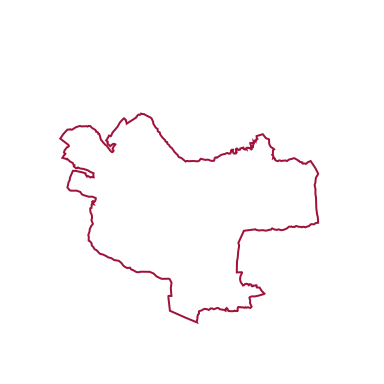 Samburesti, Olt, Romania (Albers equal-area conic projection), rotated 51°
{"feature_id": "2599482B81020237886939", "entity_name": "Samburesti", "entity_type": "district", "adm_level": 2, "iso_a3": "ROU", "parent_name": "Romania", "parent_adm1": "Olt", "projection": "albers", "projection_center": [24.401, 44.822], "detail": "fine", "context": "isolated", "style": "outline", "palette": "rose", "viewbox_px": 384, "rotation_deg": 51, "n_neighbors": 0, "source": "geoboundaries", "source_scale": "gbopen_adm2", "svg_char_len": 6062}
<svg xmlns="http://www.w3.org/2000/svg" viewBox="0 0 384 384"><g transform="rotate(51 192 192)"><path d="M177.0,302.8L182.0,302.5L184.8,300.4L188.8,298.6L189.7,298.5L192.7,296.3L195.9,295.3L199.4,292.2L202.8,291.5L206.1,291.7L208.1,291.2L210.3,290.2L211.8,287.8L214.0,288.0L215.3,287.1L219.4,285.5L221.0,283.6L221.7,282.0L227.4,275.1L231.3,273.1L235.3,272.7L239.5,270.7L240.6,270.0L244.8,264.6L245.7,264.2L249.6,265.0L253.3,268.9L259.8,273.4L258.0,275.6L258.8,276.5L270.4,283.9L286.4,275.7L296.5,270.2L295.3,269.8L295.2,269.2L293.6,267.2L292.3,266.3L291.6,265.0L291.1,264.7L290.9,263.0L289.5,262.1L289.2,261.7L289.2,261.0L290.1,259.1L290.3,257.1L290.8,255.6L291.7,255.0L292.2,254.3L294.3,253.1L294.2,250.8L295.4,249.5L296.9,248.8L297.9,245.7L298.3,245.0L299.2,244.4L300.6,244.2L303.9,241.2L305.4,240.6L304.0,239.2L304.3,238.8L304.2,238.3L304.9,238.6L305.0,238.1L305.4,238.0L306.8,238.5L307.5,238.5L310.3,235.4L311.0,233.7L311.3,233.7L312.8,232.0L313.1,231.5L313.0,231.1L311.5,230.2L310.6,228.9L310.6,228.2L311.7,227.4L312.1,226.6L312.7,226.3L313.8,224.9L314.9,224.2L315.1,223.1L316.1,222.7L316.3,221.8L317.2,220.8L318.9,219.6L318.6,217.8L314.7,216.8L313.1,215.1L310.4,214.0L310.1,213.6L310.6,211.4L312.7,208.9L314.3,205.8L316.6,200.3L316.6,199.7L312.8,200.1L308.9,199.6L306.9,201.7L304.4,200.2L305.0,201.2L303.4,203.1L303.6,203.8L303.2,204.6L302.7,204.8L301.9,204.3L300.7,204.5L299.9,205.3L300.3,206.2L300.1,206.7L299.1,206.5L297.8,207.1L297.6,207.7L296.9,208.6L297.1,210.2L296.8,211.2L292.5,210.8L289.9,209.5L287.8,207.1L286.4,204.1L286.0,203.8L285.5,204.0L282.7,207.8L274.2,200.7L271.9,197.9L267.1,193.3L264.0,189.8L262.6,188.7L260.8,188.1L254.8,176.1L260.9,166.2L261.7,166.0L263.3,164.7L263.9,164.4L266.1,161.1L268.6,158.9L270.1,155.6L271.0,154.2L270.7,153.1L270.7,152.6L272.9,151.6L274.8,150.0L275.6,148.1L277.4,147.1L278.0,146.4L278.9,144.9L279.5,143.1L280.1,140.9L279.9,138.7L280.1,138.3L280.9,137.4L281.2,136.6L282.3,136.1L283.0,134.9L283.8,134.3L283.8,132.8L284.1,132.3L286.6,130.7L287.5,129.3L288.4,129.0L289.3,127.0L290.9,126.0L291.2,124.5L292.1,122.7L291.9,119.8L294.0,117.3L294.0,115.2L295.3,113.3L290.6,110.0L288.0,108.8L282.7,105.5L274.3,99.1L271.1,97.3L267.7,94.4L263.7,92.3L262.6,90.5L259.2,87.1L258.5,85.7L257.9,83.8L257.1,82.4L251.2,81.1L242.6,80.3L241.7,83.5L242.0,85.2L241.8,85.8L241.0,86.2L239.6,88.1L239.2,88.2L238.5,87.6L236.3,89.3L235.3,89.2L234.8,89.7L233.9,89.7L230.1,91.2L229.5,92.2L229.4,93.0L228.4,94.8L227.8,96.4L227.7,98.8L226.3,99.5L223.9,103.3L222.8,103.8L222.4,104.3L221.9,106.1L220.5,106.9L219.1,107.2L218.2,106.9L218.1,106.6L216.8,106.7L216.7,107.7L215.4,106.2L213.6,106.3L213.6,105.4L210.6,102.9L210.4,102.5L210.5,101.3L208.8,101.6L206.9,102.4L204.5,102.1L203.1,101.6L199.6,99.1L198.9,99.2L197.8,100.1L196.5,100.7L191.8,100.6L191.4,101.1L189.2,106.6L190.6,107.6L191.7,107.7L191.4,108.4L192.4,109.5L191.8,110.2L192.6,110.8L191.8,110.9L192.3,112.3L191.6,112.3L193.2,113.2L193.5,114.0L192.7,113.9L191.8,114.3L190.7,116.0L194.0,117.5L194.6,116.6L194.1,115.2L195.6,116.5L195.4,117.7L194.9,117.9L196.3,118.8L196.3,119.1L195.2,119.3L194.4,119.1L193.9,120.0L193.0,120.4L192.0,121.9L192.2,122.3L193.0,122.7L192.5,122.8L192.3,123.4L192.6,123.7L192.4,124.1L191.0,124.8L190.6,124.8L190.2,124.2L189.7,124.2L188.6,127.1L189.3,128.0L188.9,129.0L188.2,129.7L187.7,129.8L186.9,129.5L186.5,129.7L186.2,130.4L186.4,131.0L188.6,132.3L189.2,132.2L189.5,133.0L189.1,133.1L189.6,133.6L189.5,134.0L188.9,134.4L188.6,135.1L188.1,135.3L186.0,134.6L185.0,133.5L184.3,134.3L184.3,135.6L185.5,136.3L185.6,137.2L186.2,138.0L185.2,139.5L184.1,139.8L183.7,140.4L183.1,142.6L182.3,144.0L181.5,146.2L181.0,151.1L180.5,151.1L179.8,152.3L180.1,153.3L181.0,154.2L181.5,155.2L180.9,156.3L179.3,157.9L177.5,158.7L176.3,160.0L175.5,161.4L171.7,164.3L172.2,166.8L171.8,168.2L167.9,172.4L166.7,174.4L164.7,176.4L164.4,176.8L164.3,177.8L159.0,178.8L156.5,180.3L154.2,179.9L150.2,180.4L145.3,180.0L143.0,180.6L141.0,180.3L139.3,180.7L138.7,180.7L137.6,179.9L136.2,180.8L134.8,180.3L130.9,180.7L127.3,180.5L125.5,179.6L123.3,180.4L121.5,179.1L118.9,179.7L115.6,179.2L114.2,178.9L113.2,178.1L109.3,177.1L107.6,177.5L103.9,179.3L101.2,180.3L100.3,181.4L99.1,182.2L99.4,182.6L99.2,183.1L99.2,184.0L98.3,184.7L98.2,186.0L98.8,188.6L99.0,188.6L97.8,199.7L96.9,199.1L95.3,198.7L94.7,198.1L93.8,198.4L92.5,198.2L91.8,198.7L92.6,204.3L94.4,208.6L95.8,216.3L97.5,219.7L97.5,220.0L97.1,220.0L95.9,221.1L96.6,222.3L98.0,226.3L99.8,225.8L100.5,226.4L100.5,226.8L101.7,227.1L105.0,226.7L104.8,225.1L105.0,223.1L105.1,222.7L106.7,221.5L106.9,221.6L107.3,224.2L108.4,226.5L109.1,226.9L110.2,226.8L110.7,227.1L111.0,228.6L110.5,229.2L108.6,229.5L102.2,229.2L100.8,229.7L96.3,229.9L95.5,229.7L94.4,229.9L92.6,229.3L90.9,228.4L88.4,227.6L87.9,228.2L86.8,227.7L86.0,227.8L84.8,228.6L84.1,228.1L82.8,228.1L79.5,229.3L76.8,229.6L75.6,230.7L75.5,231.9L74.6,232.4L71.6,236.5L70.1,237.6L68.6,241.4L68.1,245.9L67.3,246.9L66.6,247.1L66.1,248.3L65.1,249.6L66.0,255.6L67.6,260.8L77.6,258.4L78.8,258.7L79.0,260.2L78.6,260.7L78.6,261.1L79.4,264.7L80.7,266.6L82.7,266.4L82.9,267.4L82.7,267.6L83.9,271.2L87.0,269.0L87.6,268.9L87.6,268.2L91.6,267.6L94.5,266.4L96.1,266.9L97.2,266.5L97.5,267.7L97.7,267.8L100.7,267.1L100.9,266.2L101.3,265.9L101.2,265.2L103.3,264.2L105.9,261.7L109.4,259.4L112.5,258.3L115.5,256.7L116.5,257.9L118.7,259.2L116.9,260.8L116.9,261.6L116.6,261.9L114.5,262.6L113.0,263.6L113.2,263.8L111.3,263.7L110.6,263.0L108.1,264.6L102.4,269.1L100.6,271.2L104.2,278.0L105.8,279.6L106.7,281.7L110.1,286.0L113.6,286.0L114.6,285.4L118.4,280.8L121.6,278.8L123.8,279.0L125.3,278.8L130.7,275.2L132.9,272.4L136.1,270.6L137.1,271.4L138.1,273.1L138.2,274.0L136.7,274.7L136.7,275.7L137.2,276.0L137.8,275.4L138.7,276.1L139.6,276.2L138.4,277.2L138.5,277.7L141.1,280.1L140.6,281.1L140.8,281.5L143.7,283.6L146.9,284.4L148.2,285.2L149.6,286.3L150.4,287.8L154.2,289.0L154.6,289.5L155.0,291.7L156.5,294.8L158.2,296.5L160.2,299.7L161.7,300.3L164.8,302.9L165.9,302.4L168.0,302.2L169.3,302.7L170.4,303.5L172.8,303.3L174.8,303.7L175.8,303.5L177.0,302.8Z" fill="none" stroke="#9f1239" stroke-width="2"/></g></svg>